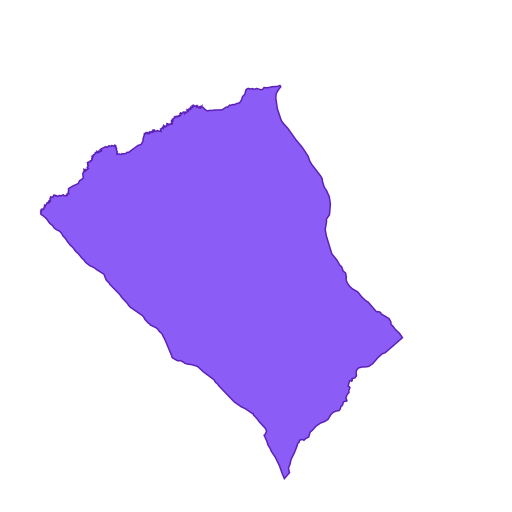 Igunga, Tabora, United Republic of Tanzania (Natural Earth projection), rotated 318°
{"feature_id": "72390352B54001884070734", "entity_name": "Igunga", "entity_type": "district", "adm_level": 2, "iso_a3": "TZA", "parent_name": "United Republic of Tanzania", "parent_adm1": "Tabora", "projection": "natural_earth1", "projection_center": [33.703, -4.378], "detail": "fine", "context": "isolated", "style": "filled", "palette": "violet", "viewbox_px": 512, "rotation_deg": 318, "n_neighbors": 0, "source": "geoboundaries", "source_scale": "gbopen_adm2", "svg_char_len": 5952}
<svg xmlns="http://www.w3.org/2000/svg" viewBox="0 0 512 512"><g transform="rotate(318 256 256)"><path d="M184.1,78.1L182.3,79.0L181.0,80.8L180.9,81.3L179.8,82.3L177.7,82.4L175.2,82.0L172.4,83.2L165.8,81.2L161.8,80.5L160.9,81.3L160.8,82.0L159.2,82.8L158.6,84.3L158.1,83.7L157.3,83.9L156.8,83.5L155.9,84.6L155.6,83.9L154.5,83.7L153.6,82.9L153.9,81.8L152.3,81.0L151.5,81.1L150.5,79.5L148.1,78.9L148.2,78.0L147.8,77.1L147.0,77.0L147.3,76.5L146.8,75.7L146.4,75.4L144.1,76.4L143.0,74.7L142.3,75.4L141.7,75.3L141.1,75.6L140.2,77.4L139.2,76.5L138.8,76.7L138.9,77.6L138.1,77.9L137.8,77.1L136.9,77.6L136.5,76.7L134.4,77.5L133.8,77.5L133.0,76.7L132.4,77.4L132.5,78.0L132.1,78.2L131.7,77.7L129.5,79.2L128.9,79.0L128.5,77.9L127.7,77.7L126.0,78.6L126.5,79.2L124.4,80.2L124.1,81.4L124.8,84.2L125.2,88.0L124.6,93.9L125.2,97.2L124.8,100.0L125.2,102.6L126.7,106.3L126.6,109.8L126.0,111.5L126.1,115.4L125.4,119.9L125.4,123.3L125.2,123.3L125.6,127.1L125.1,132.0L125.5,135.6L125.2,141.3L125.5,144.1L125.1,146.6L126.1,152.2L128.0,156.5L128.4,159.2L130.8,167.7L128.7,173.3L128.6,175.1L128.8,177.7L128.4,179.3L129.0,193.6L128.5,197.1L128.7,205.0L128.3,207.3L128.3,209.9L131.7,224.2L131.8,225.6L131.0,229.1L131.1,234.1L131.5,235.1L131.3,236.5L133.7,242.4L134.1,244.7L133.7,247.3L134.1,250.6L132.1,258.0L126.4,274.2L125.8,275.1L125.8,275.9L127.4,280.8L127.9,281.7L129.9,283.3L130.7,285.2L131.4,288.2L132.5,290.1L135.8,294.1L138.4,298.5L138.8,300.0L139.4,307.1L142.0,319.8L141.4,322.8L141.8,324.8L141.5,328.1L142.2,349.9L144.2,358.5L145.8,362.0L147.8,370.2L148.5,371.3L147.8,372.1L147.9,377.5L147.5,381.4L147.6,390.9L146.5,393.3L144.0,394.5L142.1,394.6L140.3,400.4L138.3,404.9L137.7,408.7L136.7,411.3L135.6,418.8L133.0,427.8L130.2,434.4L128.1,440.4L136.0,439.4L136.4,438.3L138.5,435.1L141.5,433.8L146.2,430.5L152.5,428.1L159.7,424.5L161.3,423.2L163.2,423.3L165.1,422.1L167.7,423.3L168.3,425.0L171.2,425.0L174.0,425.8L178.4,423.1L181.5,423.2L186.7,422.6L192.1,423.3L196.1,424.9L200.2,425.6L205.7,423.9L209.3,423.9L212.7,425.3L214.1,426.4L216.2,426.1L218.5,424.6L220.3,424.8L223.3,423.0L224.5,423.2L225.9,424.4L226.7,424.4L228.0,421.5L231.5,419.8L233.7,419.7L235.0,418.0L237.7,416.7L237.9,415.8L237.3,414.4L242.1,411.3L242.9,411.9L243.3,413.1L244.5,412.7L245.2,411.4L247.9,412.7L250.5,412.3L252.2,409.8L254.1,408.2L257.3,407.8L260.6,409.5L263.7,412.1L266.0,413.5L270.8,414.1L278.8,413.1L284.4,413.1L287.2,414.3L310.2,414.7L310.9,409.4L310.4,403.4L310.8,399.7L310.6,397.1L312.1,395.3L313.0,391.5L310.3,382.8L310.7,381.9L310.6,380.7L309.6,379.2L308.2,378.0L308.5,365.3L307.6,362.3L307.2,357.1L307.6,350.8L305.6,344.7L305.3,340.8L305.9,336.7L306.6,334.9L307.5,333.5L309.5,331.6L309.7,330.5L310.6,329.8L311.1,328.7L310.8,325.2L312.4,321.5L312.2,318.6L313.4,313.2L313.8,305.1L321.8,288.0L325.2,282.6L331.6,277.5L333.0,275.7L338.0,274.6L340.8,272.1L346.0,267.2L350.2,260.9L352.3,254.3L352.5,252.0L353.1,249.8L355.1,245.5L356.9,242.7L357.6,239.7L358.7,225.1L359.6,221.1L361.5,216.6L363.1,206.1L363.5,195.6L365.1,182.5L365.0,176.5L365.3,173.2L366.0,170.9L370.5,160.7L376.4,151.9L379.5,148.9L383.8,147.5L387.6,146.8L387.9,145.3L385.5,144.4L380.8,140.6L380.1,140.5L378.0,139.2L375.7,137.4L374.8,136.2L372.1,136.6L370.9,135.8L368.6,131.9L367.0,131.4L365.8,130.2L365.5,129.3L363.8,128.4L362.6,126.5L361.7,125.9L359.7,125.8L355.8,128.4L352.7,128.5L349.7,130.3L346.4,131.2L343.4,129.7L340.8,128.9L340.3,128.0L337.9,127.0L337.5,126.3L334.3,126.3L333.4,125.4L328.4,124.6L322.4,119.4L321.3,118.9L319.0,116.8L317.0,115.7L316.3,113.8L316.0,109.8L315.3,109.0L315.9,108.4L315.3,108.5L315.1,108.0L314.7,108.3L314.9,107.6L314.5,108.4L314.1,108.4L313.9,107.4L313.4,107.6L313.2,108.3L312.6,107.5L312.8,106.7L312.1,106.5L311.9,105.9L312.6,105.4L311.7,105.2L312.4,104.5L311.1,104.2L310.9,103.5L310.3,103.2L310.5,102.4L309.3,102.7L309.4,101.6L309.0,101.6L308.5,103.2L307.9,103.1L307.2,101.8L306.3,103.1L305.6,102.8L306.1,102.1L305.8,102.0L305.2,102.9L305.0,102.2L304.7,102.2L304.0,103.0L304.3,101.9L303.4,101.7L302.9,102.3L302.6,101.2L302.0,101.8L302.0,102.9L301.6,102.6L300.1,102.9L299.8,101.8L298.8,102.2L299.2,101.7L298.8,100.7L298.0,100.4L297.5,100.8L296.5,100.7L295.8,99.2L294.7,99.4L294.8,100.1L294.1,100.3L294.3,100.9L293.8,101.2L293.0,100.5L292.4,100.7L292.2,100.0L291.4,100.2L291.0,99.5L290.3,99.7L290.1,98.7L288.6,98.8L288.5,98.1L287.5,98.8L285.5,98.5L285.3,99.2L284.8,99.1L284.6,99.6L284.2,99.1L283.9,99.8L283.4,99.2L283.1,99.6L283.6,100.4L283.0,100.4L282.3,101.9L281.3,101.5L281.5,100.7L280.6,100.3L279.8,100.6L279.4,100.0L278.6,100.0L279.0,99.0L278.4,98.0L278.0,98.3L278.3,99.0L277.7,99.5L277.2,99.2L276.3,99.7L276.1,99.1L275.1,99.5L274.8,99.2L274.8,97.6L273.9,98.6L273.3,98.5L272.3,99.1L272.1,98.7L272.7,97.9L271.6,98.2L269.9,97.8L268.9,99.8L268.5,99.1L267.9,99.0L266.6,96.7L265.2,96.6L265.0,96.1L264.3,95.9L264.1,95.4L264.6,95.0L264.8,94.3L263.6,93.4L262.4,94.9L261.9,93.7L261.5,93.7L261.2,94.2L260.9,93.6L260.3,93.5L260.2,92.6L259.6,92.6L259.3,93.2L259.1,92.8L258.5,93.3L258.3,92.8L257.9,93.1L257.6,92.9L257.9,91.8L256.8,91.7L256.9,90.8L255.9,91.2L255.9,90.8L255.0,90.3L253.8,91.4L250.4,93.4L248.9,95.0L245.2,96.2L242.4,94.9L231.4,93.8L230.9,94.0L229.5,92.6L227.8,92.7L225.5,91.2L225.0,90.3L223.5,90.2L222.6,88.7L220.8,87.4L221.1,86.9L221.7,87.1L221.8,86.3L222.8,85.4L223.2,83.4L224.3,83.0L224.4,81.2L224.9,81.2L225.0,80.5L225.5,80.3L225.2,79.1L223.8,79.4L222.8,77.4L221.5,77.4L220.5,75.7L218.1,75.6L217.5,74.2L212.6,72.8L211.5,72.7L211.8,74.2L211.5,74.6L210.7,74.3L210.6,73.4L209.5,73.9L209.4,73.0L208.5,73.6L207.8,71.9L207.2,73.0L206.7,72.9L206.3,71.9L205.8,71.6L204.7,72.5L204.1,72.6L203.1,72.0L201.7,72.4L201.6,72.9L200.9,72.3L200.8,73.1L200.2,73.0L199.8,73.9L199.2,73.7L198.8,74.0L198.7,74.8L197.3,75.1L196.6,74.4L195.7,74.9L194.1,73.9L193.2,73.9L193.3,74.7L192.6,74.8L191.9,75.6L192.2,76.0L191.9,76.5L189.5,77.5L190.0,78.7L187.4,78.8L187.1,77.6L186.4,77.9L186.3,77.4L185.7,78.7L185.2,78.4L185.3,77.6L184.9,78.1L184.1,78.1Z" fill="#8b5cf6" stroke="#5b21b6" stroke-width="1.5"/></g></svg>